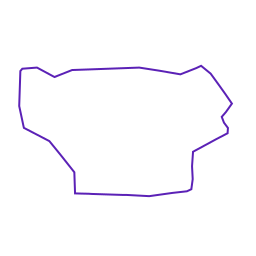 Nykvarn, Stockholm, Sweden, rotated 354°
{"feature_id": "70781695B30902194250212", "entity_name": "Nykvarn", "entity_type": "district", "adm_level": 2, "iso_a3": "SWE", "parent_name": "Sweden", "parent_adm1": "Stockholm", "projection": "natural_earth1", "projection_center": [17.413, 59.188], "detail": "fine", "context": "isolated", "style": "outline", "palette": "violet", "viewbox_px": 256, "rotation_deg": 354, "n_neighbors": 0, "source": "geoboundaries", "source_scale": "gbopen_adm2", "svg_char_len": 649}
<svg xmlns="http://www.w3.org/2000/svg" viewBox="0 0 256 256"><g transform="rotate(354 128 128)"><path d="M70.0,166.4L70.0,166.5L68.5,187.5L73.6,188.2L79.0,188.9L81.5,189.2L85.1,189.8L116.4,194.1L120.1,194.5L142.0,198.0L165.5,197.2L180.0,197.1L184.6,195.5L187.0,185.6L187.7,172.7L190.2,158.4L214.9,148.2L226.5,143.6L227.4,138.4L224.0,132.7L222.4,126.7L227.0,122.4L233.9,114.6L228.3,104.3L223.1,95.1L215.9,82.6L207.2,73.8L202.0,75.6L185.7,80.1L165.2,74.3L145.5,69.1L95.7,65.7L78.5,64.5L60.2,69.6L43.8,58.4L29.1,58.0L26.9,60.1L22.1,94.8L24.3,115.6L24.5,117.0L48.4,132.8L57.7,147.0L70.0,166.4Z" fill="none" stroke="#5b21b6" stroke-width="2"/></g></svg>